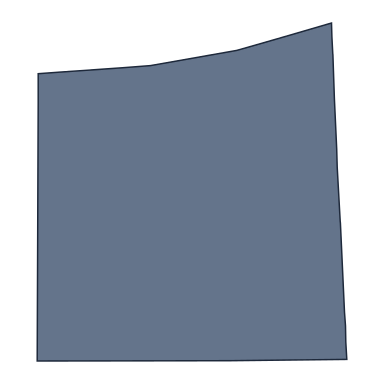 the district of Wayne, Mississippi, United States of America
{"feature_id": "52423323B18579387327768", "entity_name": "Wayne", "entity_type": "district", "adm_level": 2, "iso_a3": "USA", "parent_name": "United States of America", "parent_adm1": "Mississippi", "projection": "albers", "projection_center": [-88.616, 31.664], "detail": "fine", "context": "isolated", "style": "filled", "palette": "slate", "viewbox_px": 384, "rotation_deg": 0, "n_neighbors": 0, "source": "geoboundaries", "source_scale": "gbopen_adm2", "svg_char_len": 415}
<svg xmlns="http://www.w3.org/2000/svg" viewBox="0 0 384 384"><path d="M38.2,73.7L38.2,103.3L37.2,361.0L101.0,360.9L230.1,360.7L346.8,359.4L345.8,342.1L345.5,325.9L344.5,312.2L340.4,223.0L340.2,221.2L337.2,167.0L337.2,166.9L336.7,149.0L334.4,98.8L332.9,54.6L332.8,54.2L331.9,36.8L331.5,23.0L276.3,39.1L236.8,50.4L150.5,65.6L121.9,67.8L58.7,72.2L38.2,73.7Z" fill="#64748b" stroke="#1e293b" stroke-width="1.5"/></svg>